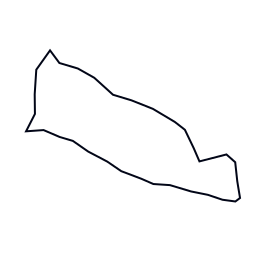 outline of Saranti, Nicosia, Cyprus, rotated 262°
{"feature_id": "46923920B86385656004858", "entity_name": "Saranti", "entity_type": "district", "adm_level": 2, "iso_a3": "CYP", "parent_name": "Cyprus", "parent_adm1": "Nicosia", "projection": "equal_earth", "projection_center": [33.004, 34.977], "detail": "fine", "context": "isolated", "style": "outline", "palette": "ink", "viewbox_px": 256, "rotation_deg": 262, "n_neighbors": 0, "source": "geoboundaries", "source_scale": "gbopen_adm2", "svg_char_len": 546}
<svg xmlns="http://www.w3.org/2000/svg" viewBox="0 0 256 256"><g transform="rotate(262 128 128)"><path d="M88.1,221.8L85.0,194.1L98.8,190.3L118.3,184.1L127.4,175.3L143.5,155.3L154.9,135.3L163.0,117.8L182.4,101.6L193.9,86.6L201.9,69.1L215.7,61.6L198.5,45.3L174.4,40.3L154.9,37.8L138.9,26.6L137.7,44.1L128.6,59.1L122.9,71.6L110.2,85.3L97.6,102.8L86.2,115.3L75.9,134.1L69.0,145.3L65.6,161.6L56.4,181.6L50.7,197.8L43.8,211.6L40.3,224.1L43.1,229.2L55.0,228.9L60.3,228.8L79.2,229.4L88.1,221.8Z" fill="none" stroke="#020617" stroke-width="2"/></g></svg>